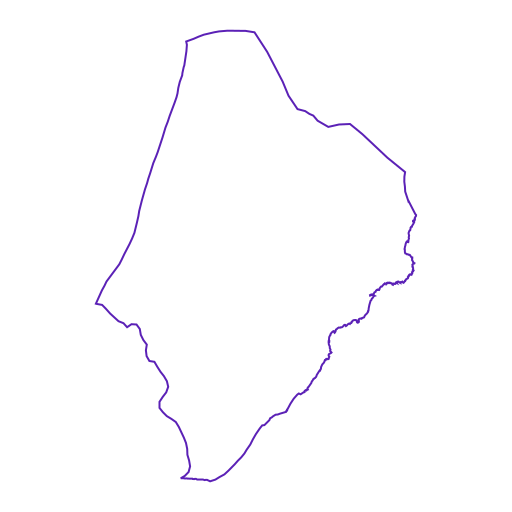 the district of Brum Mayf'ah, Hadramawt, Yemen
{"feature_id": "15242507B1280575170074", "entity_name": "Brum Mayf'ah", "entity_type": "district", "adm_level": 2, "iso_a3": "YEM", "parent_name": "Yemen", "parent_adm1": "Hadramawt", "projection": "natural_earth1", "projection_center": [48.863, 14.347], "detail": "fine", "context": "isolated", "style": "outline", "palette": "violet", "viewbox_px": 512, "rotation_deg": 0, "n_neighbors": 0, "source": "geoboundaries", "source_scale": "gbopen_adm2", "svg_char_len": 6006}
<svg xmlns="http://www.w3.org/2000/svg" viewBox="0 0 512 512"><path d="M95.9,303.7L96.6,303.9L102.1,304.9L106.1,309.0L110.1,313.5L118.5,321.2L123.5,323.2L127.1,327.2L131.5,324.2L136.5,324.5L139.8,329.0L140.8,334.9L143.4,340.1L146.8,344.6L145.9,350.3L146.6,356.1L149.4,361.0L154.4,361.8L157.2,366.6L160.5,371.8L163.9,376.1L166.9,381.2L168.2,386.8L166.2,392.4L162.8,396.8L159.5,401.8L159.5,407.9L162.9,412.2L166.8,416.1L171.4,418.9L175.8,422.0L178.8,426.9L183.9,437.7L186.0,443.0L187.2,448.9L187.4,454.8L189.1,460.5L190.1,466.4L188.6,472.0L184.8,475.9L180.7,478.3L182.0,478.2L184.0,478.3L184.9,478.5L186.9,478.4L187.5,478.6L192.4,478.7L192.7,479.0L194.4,479.1L194.8,478.9L196.0,478.9L197.1,479.5L202.8,479.5L204.7,480.1L205.5,479.9L207.1,479.9L210.1,481.3L215.4,479.6L219.6,477.0L224.4,474.4L228.3,470.8L234.8,464.2L237.7,460.9L241.2,457.4L244.4,453.5L246.6,449.8L250.3,444.5L252.8,439.5L255.9,434.1L259.8,428.4L262.2,425.4L264.4,425.1L269.4,420.1L270.1,418.3L271.9,417.3L273.0,416.3L275.6,414.7L277.8,414.5L279.9,413.7L286.0,411.9L286.1,411.2L286.4,411.0L286.8,410.9L287.1,410.6L286.9,410.0L287.1,409.5L287.4,409.4L290.5,403.6L293.7,398.7L297.3,394.6L298.8,393.5L300.6,394.3L304.2,391.9L304.4,392.1L304.7,391.9L304.7,390.9L305.7,390.1L306.2,389.9L306.5,390.4L306.8,390.2L307.2,389.7L307.8,389.5L307.4,388.8L307.8,387.5L308.2,387.4L311.3,383.0L311.8,381.4L312.5,380.7L313.4,379.0L313.9,378.9L314.4,378.2L315.1,378.0L315.6,377.3L316.0,377.0L316.3,376.4L316.8,374.9L319.2,371.1L319.6,370.6L320.0,370.7L320.3,370.0L320.3,369.6L320.9,368.9L321.1,367.0L322.3,364.4L323.7,362.9L324.2,362.1L324.9,360.1L325.6,360.2L325.9,359.8L326.2,358.9L327.6,358.8L327.9,359.2L328.6,359.0L329.3,356.6L328.9,356.2L328.6,355.5L328.7,354.6L329.1,354.0L330.9,353.1L331.5,352.5L330.1,350.9L330.5,349.6L329.8,348.2L329.7,346.2L328.9,344.6L328.6,342.2L329.2,342.1L329.3,341.2L329.3,340.7L329.1,340.5L328.8,340.4L329.0,339.6L329.2,337.1L330.2,335.1L330.5,334.9L330.5,334.2L331.7,332.5L333.4,331.1L334.1,331.2L334.7,331.7L334.4,332.6L334.6,332.8L335.2,332.0L335.6,331.1L335.9,329.6L336.9,329.0L337.5,328.3L338.8,327.5L340.1,327.7L340.6,327.3L341.7,327.3L342.2,327.1L343.1,326.3L344.1,325.1L344.9,324.8L345.2,324.9L345.4,325.5L345.9,326.1L346.9,325.4L347.6,324.5L348.4,323.9L349.2,323.5L349.9,324.0L350.3,323.4L351.3,323.0L351.4,322.1L351.7,321.8L352.2,321.7L352.6,320.7L353.9,320.1L355.8,320.0L356.2,320.3L356.6,320.4L357.0,321.1L356.8,321.7L357.0,322.2L357.4,322.6L357.7,322.4L358.3,322.5L358.9,321.9L358.9,321.3L358.7,319.6L359.0,319.1L359.7,318.7L360.7,318.6L361.2,318.3L361.5,318.3L361.6,318.6L362.0,318.4L362.1,318.0L362.5,317.8L363.3,317.7L364.0,317.4L364.3,316.9L364.4,316.4L365.3,315.0L366.9,313.5L368.1,311.8L367.9,311.5L368.1,310.8L368.5,310.4L368.7,308.3L369.4,304.8L370.6,300.7L371.3,300.1L371.8,298.7L372.6,298.0L373.5,296.6L373.7,296.1L374.6,295.8L373.4,295.1L372.7,295.0L371.5,295.1L370.1,295.6L370.0,295.1L370.9,294.6L371.6,294.4L372.8,294.3L373.6,294.4L373.9,293.4L374.5,292.3L375.6,291.8L375.9,290.8L376.8,289.9L377.4,290.0L377.8,289.6L378.1,289.9L379.1,290.0L379.5,289.3L379.4,288.9L379.6,288.4L380.4,287.3L381.0,286.6L381.8,286.6L383.9,284.1L384.4,283.9L384.8,284.1L384.9,283.5L385.5,283.7L385.8,283.6L386.4,283.2L386.6,283.6L386.8,283.2L387.0,283.0L387.9,283.2L388.4,283.0L388.4,282.7L389.4,283.0L389.6,282.6L389.9,282.6L390.5,283.1L390.9,283.3L391.4,283.2L391.8,283.6L392.0,283.6L392.1,284.1L392.4,284.3L392.5,284.7L392.8,284.8L392.8,284.2L393.0,283.7L393.8,283.5L394.7,284.0L395.4,283.9L395.6,283.5L395.5,283.3L395.8,282.7L396.1,282.8L396.2,282.7L396.4,282.8L396.2,282.5L396.3,282.3L397.0,281.9L397.4,282.0L397.5,281.7L398.1,281.5L398.6,281.6L399.5,282.6L400.0,282.4L400.5,282.8L400.5,282.2L400.8,282.0L402.0,282.1L402.3,281.7L403.4,282.8L403.9,282.5L404.4,281.6L405.1,281.2L405.0,280.6L405.7,280.0L406.0,279.4L406.3,279.4L406.7,278.9L407.9,278.3L408.1,277.4L407.9,276.9L408.2,276.4L408.5,276.4L408.6,275.9L409.0,275.8L409.2,274.8L410.0,274.5L410.6,274.7L410.6,274.3L411.6,274.5L411.7,274.1L412.2,273.6L412.3,273.2L412.2,273.0L412.1,272.9L412.0,272.2L412.5,272.0L412.7,271.7L412.8,271.3L413.2,271.2L413.3,270.8L413.6,270.4L413.4,270.1L412.8,269.9L413.1,268.9L413.1,267.9L412.5,267.0L412.4,266.7L412.8,266.2L412.5,265.3L412.3,264.9L412.5,264.5L413.3,263.7L413.8,263.5L414.0,263.6L414.4,263.4L414.4,263.2L414.2,263.2L413.6,262.9L413.3,262.2L413.1,262.2L412.7,261.2L412.6,260.8L412.0,260.0L412.1,259.4L412.2,259.2L412.0,258.4L412.0,257.8L412.3,257.8L412.3,257.4L411.3,257.1L409.8,254.9L409.3,254.8L409.0,254.9L408.6,254.5L407.0,254.3L406.9,254.0L405.3,253.4L405.1,253.0L404.9,252.1L404.8,249.4L404.5,249.0L404.7,248.6L405.0,246.6L405.4,245.5L405.6,244.1L406.2,242.4L406.8,241.5L407.1,241.3L407.4,241.5L407.8,242.1L408.2,242.2L408.3,242.1L408.5,239.7L408.8,239.0L409.0,238.3L408.7,237.3L409.1,235.6L408.6,233.5L408.6,232.9L409.3,231.0L409.5,230.7L410.0,230.4L409.9,230.2L410.1,230.0L410.6,228.6L410.5,227.9L411.1,226.9L411.5,226.6L411.9,226.6L411.9,226.3L412.5,225.1L413.1,224.3L414.1,222.3L413.4,221.7L413.0,221.5L413.0,221.0L413.1,220.7L413.4,220.5L414.3,220.9L414.6,219.9L414.8,219.9L414.9,219.5L414.6,219.4L414.6,218.9L414.7,218.2L415.0,218.0L415.1,217.4L415.4,216.8L416.0,216.0L416.1,215.0L415.3,214.1L408.3,200.5L408.2,200.7L405.2,191.6L404.9,186.5L404.3,181.7L404.4,176.6L405.1,172.1L387.4,157.7L362.3,134.1L350.0,124.0L339.0,124.5L328.3,126.9L317.6,120.7L313.3,115.6L309.4,113.9L305.2,111.1L297.5,109.1L288.5,95.7L282.7,81.7L267.2,51.9L254.5,32.3L245.6,30.9L227.6,30.7L219.1,31.4L214.1,32.3L203.8,34.7L198.5,36.7L193.7,38.8L186.2,41.5L186.9,44.8L186.4,51.3L184.3,65.4L183.7,67.1L182.4,73.1L182.2,75.3L179.8,81.8L178.3,87.9L177.5,93.4L176.5,97.3L174.5,103.0L169.7,115.8L167.7,121.9L165.5,127.5L162.5,137.5L157.7,152.1L156.0,156.6L153.3,163.1L150.0,173.7L148.3,178.7L147.1,183.1L145.0,189.3L141.9,200.3L139.2,211.0L138.4,216.1L136.9,222.7L134.4,232.9L132.1,238.5L129.5,244.1L124.4,253.9L121.6,259.8L119.3,264.3L106.5,281.5L104.5,285.7L101.9,290.4L95.9,303.7Z" fill="none" stroke="#5b21b6" stroke-width="2"/></svg>